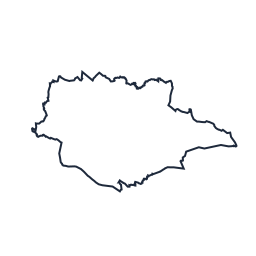 outline of Bebrenes pag., Ilukstes, Latvia, rotated 49°
{"feature_id": "27541924B36563614052180", "entity_name": "Bebrenes pag.", "entity_type": "district", "adm_level": 2, "iso_a3": "LVA", "parent_name": "Latvia", "parent_adm1": "Ilukstes", "projection": "equal_earth", "projection_center": [26.104, 56.053], "detail": "fine", "context": "isolated", "style": "outline", "palette": "slate", "viewbox_px": 256, "rotation_deg": 49, "n_neighbors": 0, "source": "geoboundaries", "source_scale": "gbopen_adm2", "svg_char_len": 5545}
<svg xmlns="http://www.w3.org/2000/svg" viewBox="0 0 256 256"><g transform="rotate(49 128 128)"><path d="M67.4,113.4L67.6,118.0L67.9,119.5L67.9,121.4L68.9,123.2L69.0,123.5L55.7,125.7L60.0,130.2L60.7,130.1L61.4,132.1L60.5,132.8L56.4,132.7L55.9,135.4L56.5,136.5L56.6,137.5L54.4,140.7L54.1,141.4L50.1,144.0L45.9,145.4L45.6,145.4L44.8,145.2L44.2,145.4L43.8,146.3L46.6,150.4L46.2,151.3L44.8,152.4L43.2,153.1L44.4,154.0L43.3,154.6L43.6,155.4L43.5,156.5L43.7,157.4L43.9,157.7L43.3,157.9L45.5,159.6L45.7,160.2L46.6,161.7L48.0,163.8L48.7,164.6L50.3,165.7L52.6,168.0L52.4,168.7L55.3,170.2L54.6,171.6L54.9,173.0L54.8,173.3L55.0,173.5L54.7,174.0L54.8,174.5L54.7,174.5L55.0,174.9L54.7,174.9L54.5,175.3L53.9,175.7L53.8,175.9L54.0,176.2L54.3,176.5L55.4,176.6L55.6,177.1L55.6,177.3L55.8,177.5L58.2,178.3L58.3,178.5L58.1,178.8L58.4,179.1L58.9,179.4L59.3,179.4L59.7,179.5L60.3,179.5L60.9,179.4L64.7,180.8L64.9,181.1L65.3,181.2L65.2,182.4L66.0,183.9L66.2,184.9L66.3,185.2L66.7,185.5L67.3,187.1L67.3,187.7L67.0,187.8L66.9,188.4L66.3,189.1L66.4,192.1L64.7,194.1L64.1,194.5L65.5,195.6L66.4,196.1L67.2,196.8L69.1,199.2L68.2,199.2L67.6,199.4L67.1,199.7L65.5,200.3L65.5,200.7L65.6,200.9L66.0,201.2L66.7,201.5L67.5,202.1L68.6,201.9L68.6,201.4L69.2,201.1L71.6,200.9L73.0,200.9L73.2,201.0L73.1,201.4L73.4,201.6L74.1,201.9L75.1,201.9L75.8,201.5L75.8,201.3L75.7,200.9L75.8,200.6L76.0,200.5L76.5,198.9L77.8,197.5L77.8,197.2L77.4,196.7L77.5,196.4L77.7,196.1L78.7,195.9L80.5,195.8L80.5,195.3L84.3,194.0L84.5,193.8L84.9,193.6L84.8,192.7L88.0,191.1L89.1,190.4L89.4,189.4L90.0,189.0L91.5,188.6L94.4,188.2L95.4,187.7L102.1,196.6L105.9,198.8L109.5,201.1L110.5,201.3L111.7,201.2L112.5,201.7L113.1,201.5L113.9,201.5L115.9,199.7L117.9,198.4L121.8,193.6L123.2,192.4L128.2,190.4L129.4,190.3L129.7,190.2L132.5,189.9L137.7,189.7L139.5,189.2L143.3,188.7L145.7,188.2L148.1,187.9L151.3,187.0L154.4,184.9L162.1,178.0L170.5,175.7L169.9,174.0L170.2,173.2L166.2,170.5L164.8,170.7L162.9,170.3L162.8,170.5L162.2,168.6L163.0,168.5L166.3,167.5L166.6,167.6L166.9,167.3L168.0,166.8L172.1,166.7L173.2,165.4L172.2,164.6L172.5,164.5L172.6,164.3L172.5,164.0L172.7,163.9L172.7,163.5L172.8,163.4L172.7,163.0L173.2,162.5L173.8,162.2L174.4,161.3L175.1,161.0L174.9,160.7L176.2,160.1L175.7,159.6L175.4,159.4L174.1,158.9L173.8,158.4L173.6,158.3L173.4,157.9L175.9,156.2L177.0,156.0L177.6,155.5L178.6,155.1L178.9,154.1L178.3,153.3L178.7,152.9L177.8,152.2L177.8,151.8L177.4,151.4L177.6,151.0L177.6,150.0L176.9,149.8L176.8,149.6L176.7,149.2L177.9,148.0L178.7,147.9L178.8,147.5L178.8,147.0L177.2,145.5L177.9,144.6L177.1,143.9L177.9,143.6L178.6,141.2L179.1,140.4L178.5,139.6L179.4,139.1L181.5,133.6L182.0,132.4L181.9,132.0L182.1,131.7L182.5,128.5L182.8,127.1L182.7,126.7L183.6,123.8L185.7,121.6L187.9,119.1L195.2,112.6L187.5,110.1L187.4,109.6L188.6,108.2L188.6,107.9L186.2,106.0L186.3,105.0L186.5,103.3L184.0,99.6L189.0,87.2L193.6,83.8L201.8,69.0L207.8,64.2L209.9,61.5L210.5,60.4L211.0,60.2L211.0,59.8L210.9,59.6L212.3,59.1L212.3,58.9L212.8,58.3L212.7,57.9L211.9,57.5L209.0,56.7L202.4,56.1L198.5,53.9L196.9,56.5L191.6,57.6L191.5,59.2L189.2,60.2L188.9,60.6L187.2,61.3L185.6,61.7L184.4,61.6L183.0,61.5L182.3,60.9L180.8,60.8L176.6,62.8L176.4,63.1L174.4,64.2L174.2,66.0L172.3,68.0L169.8,70.2L168.5,71.7L164.4,72.7L160.3,71.5L155.3,68.5L154.4,68.9L154.2,69.4L156.1,70.8L155.9,70.9L155.7,73.3L152.4,75.5L151.7,76.2L150.9,76.5L150.5,76.9L149.9,77.0L147.9,77.7L147.2,77.7L146.6,77.9L146.0,78.4L145.7,79.6L145.6,80.0L145.7,80.3L146.2,81.0L140.6,81.8L137.4,82.6L135.7,78.9L131.8,75.1L131.3,74.6L128.2,70.0L127.5,68.4L126.7,67.9L126.3,67.4L125.1,67.2L123.2,65.6L120.4,64.8L120.1,65.2L119.5,66.5L119.5,67.1L119.3,67.6L118.7,68.3L118.8,68.8L118.5,69.2L118.5,69.4L118.7,69.8L117.8,70.1L117.4,70.1L116.6,70.5L115.8,70.5L115.2,70.7L114.3,70.8L114.0,71.3L113.7,71.4L113.4,71.7L112.6,71.3L111.5,71.4L111.2,71.8L110.9,72.1L110.9,72.4L110.5,72.6L110.8,73.1L111.4,73.3L111.5,73.4L111.5,73.6L112.2,74.0L111.9,74.4L112.2,74.6L111.6,74.7L111.2,74.9L110.7,75.1L110.0,75.1L109.9,75.5L109.3,76.4L108.6,76.3L108.2,76.6L108.0,76.8L107.7,77.4L106.8,78.0L106.5,78.3L106.1,79.5L106.2,79.9L106.2,80.1L105.7,80.6L105.5,81.0L105.5,81.5L105.7,82.8L105.0,83.2L104.9,83.7L104.4,84.2L104.8,85.0L105.3,85.4L105.3,85.8L105.0,86.1L105.0,86.3L105.4,86.5L105.6,86.8L105.8,86.9L106.0,87.3L106.4,87.3L106.6,87.4L106.7,87.7L105.8,88.9L106.3,89.9L105.9,90.5L106.1,91.1L106.0,91.8L105.8,91.9L105.9,92.1L105.8,92.3L105.9,92.5L105.7,92.6L105.8,92.7L105.6,92.9L105.6,93.0L105.4,93.2L105.1,93.4L105.1,93.5L104.9,93.6L104.8,93.9L105.0,94.3L104.8,94.4L105.0,94.5L104.6,94.5L104.5,95.0L104.1,95.0L103.9,95.4L102.9,94.8L102.8,94.3L102.6,94.4L102.7,94.6L101.7,94.5L101.5,94.8L101.2,94.6L100.9,94.5L100.8,94.4L100.7,94.3L100.8,94.3L100.8,94.2L100.3,94.2L100.2,94.4L100.0,94.2L99.8,94.3L99.4,94.2L99.5,94.1L99.1,93.8L99.3,93.5L99.2,93.4L99.2,93.1L98.6,93.0L98.4,93.3L98.5,93.5L98.3,93.5L98.0,93.8L98.5,94.1L98.4,94.3L98.8,94.3L98.9,94.5L98.5,94.7L98.6,94.8L98.5,95.1L97.8,95.0L97.8,95.3L97.3,95.5L97.2,95.8L97.6,96.2L97.1,97.8L94.1,98.9L93.5,99.9L93.4,100.0L93.2,100.0L92.9,99.7L91.4,98.1L91.2,97.9L89.8,97.6L89.6,97.7L89.2,97.4L88.6,97.6L88.4,97.6L88.3,97.4L88.0,97.4L87.5,97.7L87.0,97.7L86.9,97.9L87.0,98.0L86.7,98.2L86.9,98.4L86.6,98.6L86.5,98.9L86.0,99.1L85.6,99.7L85.3,99.9L84.4,100.0L84.1,100.1L84.5,101.6L84.3,101.9L82.9,102.9L82.8,103.5L82.2,104.6L81.8,104.7L81.8,106.1L82.4,106.7L82.9,107.0L83.5,107.1L83.5,107.4L82.7,109.0L81.6,110.4L78.6,110.0L75.1,111.6L74.0,111.0L73.5,111.1L72.2,112.6L69.8,112.9L67.4,113.4Z" fill="none" stroke="#1e293b" stroke-width="2"/></g></svg>